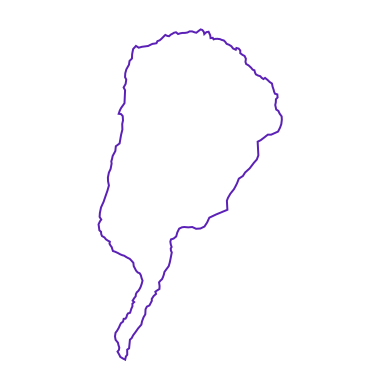 Vianópolis, Goiás, Brazil, rotated 355°
{"feature_id": "56859067B48713716484545", "entity_name": "Vianópolis", "entity_type": "district", "adm_level": 2, "iso_a3": "BRA", "parent_name": "Brazil", "parent_adm1": "Goiás", "projection": "robinson", "projection_center": [-48.462, -16.878], "detail": "fine", "context": "isolated", "style": "outline", "palette": "violet", "viewbox_px": 384, "rotation_deg": 355, "n_neighbors": 0, "source": "geoboundaries", "source_scale": "gbopen_adm2", "svg_char_len": 3391}
<svg xmlns="http://www.w3.org/2000/svg" viewBox="0 0 384 384"><g transform="rotate(355 192 192)"><path d="M110.8,353.2L111.8,350.1L113.3,348.5L113.7,343.4L115.7,342.3L117.3,333.7L119.2,332.3L120.8,329.7L123.9,326.2L126.4,323.2L130.0,319.7L130.9,316.6L132.8,312.6L134.8,309.8L135.5,304.8L137.0,302.3L139.7,301.3L142.5,296.9L142.6,295.0L144.8,292.2L147.3,290.4L146.8,288.1L148.7,287.0L151.1,285.8L151.5,282.8L151.3,279.1L153.0,277.4L154.5,276.3L155.6,274.4L156.8,271.7L157.6,269.2L159.7,266.8L162.3,263.9L163.7,260.3L164.7,257.0L166.1,252.1L166.6,250.4L165.9,248.6L165.9,246.4L166.9,245.0L166.3,242.5L166.1,239.5L166.9,237.4L169.6,236.8L172.4,234.9L173.8,231.1L176.0,227.4L178.9,226.3L181.2,226.2L185.3,226.9L189.2,226.9L192.9,229.0L197.2,229.1L201.4,227.5L204.4,223.7L207.0,219.1L214.0,216.5L225.7,212.8L226.0,203.7L227.3,201.0L230.1,197.0L234.0,192.9L235.8,190.2L237.6,187.3L239.8,182.8L244.1,180.5L246.6,177.2L251.5,173.5L256.3,168.2L259.4,165.3L261.3,161.3L261.8,147.6L264.9,146.4L268.7,144.0L272.5,141.5L275.8,141.8L283.0,139.3L285.4,135.4L286.9,132.1L287.8,127.8L287.9,124.5L286.1,121.5L285.1,118.7L283.1,117.2L282.5,112.6L283.3,110.0L283.7,106.9L285.5,105.3L285.5,102.2L283.2,101.3L282.5,99.1L282.2,97.1L281.5,94.3L281.1,90.9L279.0,89.2L276.9,86.8L274.7,84.7L273.0,85.7L271.3,84.3L270.1,82.6L267.9,81.7L265.9,80.4L265.2,78.6L264.8,76.2L263.1,75.4L261.6,73.2L259.4,70.8L257.1,69.2L256.6,67.1L257.3,64.0L256.2,61.0L254.4,59.9L252.2,58.0L252.4,55.2L251.0,53.2L248.8,52.4L248.0,54.1L245.4,52.6L243.9,50.2L241.8,48.6L239.4,47.4L238.2,45.3L236.9,43.8L234.9,43.1L233.3,42.2L230.7,41.6L228.5,41.5L226.8,41.8L226.1,40.2L223.9,40.3L223.8,37.5L222.5,33.8L220.3,34.0L218.0,35.8L217.7,33.5L216.4,31.5L214.8,30.8L213.3,31.7L210.2,33.7L208.4,33.1L206.1,32.0L203.6,31.8L201.4,32.7L199.0,32.9L196.4,32.7L194.2,32.9L191.9,33.4L190.0,31.5L187.9,31.8L186.4,32.6L184.7,33.3L182.7,34.8L180.9,34.3L179.1,33.2L176.8,35.1L175.2,36.5L173.0,38.1L170.7,38.7L169.6,40.7L167.5,40.9L165.5,41.0L163.3,41.8L161.1,42.7L154.7,43.0L151.5,43.6L148.9,41.6L145.8,44.5L144.4,49.4L143.8,53.8L141.2,56.0L140.3,59.7L137.3,64.1L135.9,67.8L135.3,71.7L136.3,74.3L135.3,78.5L133.0,81.9L134.2,84.8L132.5,97.6L131.1,99.3L128.7,102.1L127.2,104.5L125.8,107.7L128.1,108.2L129.6,110.3L129.5,114.7L128.4,118.2L128.1,123.7L126.3,129.0L124.1,137.3L120.1,139.8L119.2,144.5L116.1,149.2L115.3,151.9L114.3,154.4L114.4,156.7L112.9,162.0L110.9,165.4L109.5,170.2L109.3,173.8L109.8,178.3L107.8,183.5L105.4,188.8L103.1,194.0L100.0,199.5L98.4,204.9L97.8,208.7L99.2,211.6L97.9,213.0L96.1,216.0L96.4,222.1L97.9,223.7L97.9,226.0L98.5,228.0L100.8,229.6L102.1,231.6L103.8,233.0L105.8,234.3L105.3,236.3L106.2,238.3L107.2,239.9L107.6,241.8L108.1,243.9L110.0,244.7L113.0,246.4L115.0,247.8L117.1,248.9L118.8,249.5L120.5,250.8L122.2,252.0L124.1,253.1L125.4,254.7L127.4,257.4L127.5,260.8L128.4,262.9L129.4,265.4L130.9,267.4L132.8,268.4L133.8,270.5L134.3,273.5L135.0,276.0L133.9,279.1L132.5,282.2L131.5,283.8L129.9,285.9L128.3,287.1L127.2,288.9L126.8,291.0L125.0,292.9L123.4,295.1L124.8,296.6L122.9,298.1L122.7,300.7L121.4,303.0L119.8,306.9L117.6,307.4L116.5,309.0L115.9,310.8L114.7,312.4L112.9,312.4L112.0,315.1L109.7,316.6L108.6,318.4L107.3,320.8L105.2,323.8L103.6,325.5L102.7,329.1L103.0,332.6L105.1,335.7L105.4,338.1L106.0,340.7L105.4,343.0L103.9,344.5L105.4,347.8L106.2,350.0L108.9,352.0L110.8,353.2Z" fill="none" stroke="#5b21b6" stroke-width="2"/></g></svg>